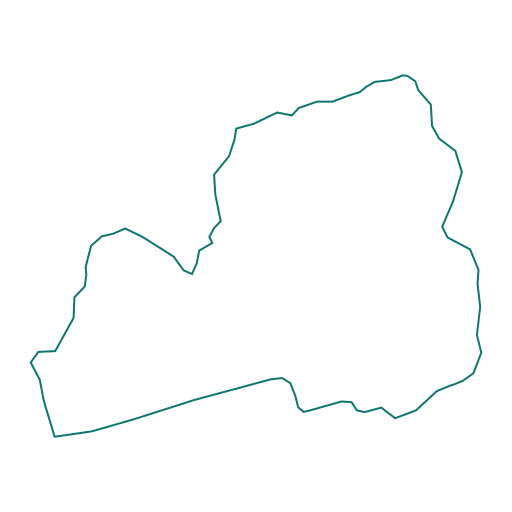 the district of Nyong-et-Kelle, Centre, Cameroon
{"feature_id": "32672807B27096701160694", "entity_name": "Nyong-et-Kelle", "entity_type": "district", "adm_level": 2, "iso_a3": "CMR", "parent_name": "Cameroon", "parent_adm1": "Centre", "projection": "orthographic", "projection_center": [10.8, 3.763], "detail": "fine", "context": "isolated", "style": "outline", "palette": "teal", "viewbox_px": 512, "rotation_deg": 0, "n_neighbors": 0, "source": "geoboundaries", "source_scale": "gbopen_adm2", "svg_char_len": 1250}
<svg xmlns="http://www.w3.org/2000/svg" viewBox="0 0 512 512"><path d="M407.6,76.0L402.8,75.3L390.8,80.1L378.2,81.5L374.7,81.9L366.4,86.7L362.5,89.8L359.8,92.1L348.5,95.6L332.4,101.7L316.8,101.7L298.8,108.0L291.8,115.4L277.2,112.5L253.7,123.8L236.2,128.6L234.4,139.9L230.9,150.5L229.1,156.1L224.0,162.4L214.1,174.6L215.3,194.4L220.7,221.3L214.2,227.9L209.4,236.9L212.3,242.9L210.0,244.3L199.2,250.6L196.8,263.2L192.0,274.0L183.7,270.4L173.6,256.6L155.8,245.3L142.3,236.8L126.6,229.2L125.2,228.5L112.6,233.9L101.9,236.3L94.9,242.5L91.1,245.8L87.7,259.0L85.7,266.8L86.3,275.1L84.8,286.5L74.4,297.3L73.6,317.9L55.2,351.1L38.3,351.9L30.7,362.5L39.8,379.9L43.8,400.9L49.9,421.1L54.6,436.7L91.6,431.4L95.1,430.4L133.4,419.4L194.2,400.0L270.9,379.3L281.6,378.1L283.4,378.8L290.3,383.1L295.4,396.1L298.2,407.3L303.6,411.9L310.0,410.4L341.4,401.5L351.5,402.1L356.9,410.4L364.6,412.1L381.3,407.6L395.1,418.2L416.0,410.4L436.7,391.2L450.2,385.6L453.8,384.5L462.7,380.9L473.4,373.3L481.3,352.7L476.9,335.0L480.2,306.8L477.5,283.5L478.5,269.8L473.0,256.5L470.1,249.4L447.6,237.5L442.2,226.7L453.0,201.5L461.9,172.2L455.3,150.8L440.9,140.0L439.2,138.7L432.1,126.1L430.8,104.6L418.3,90.2L415.3,81.3L407.6,76.0Z" fill="none" stroke="#0f766e" stroke-width="2"/></svg>